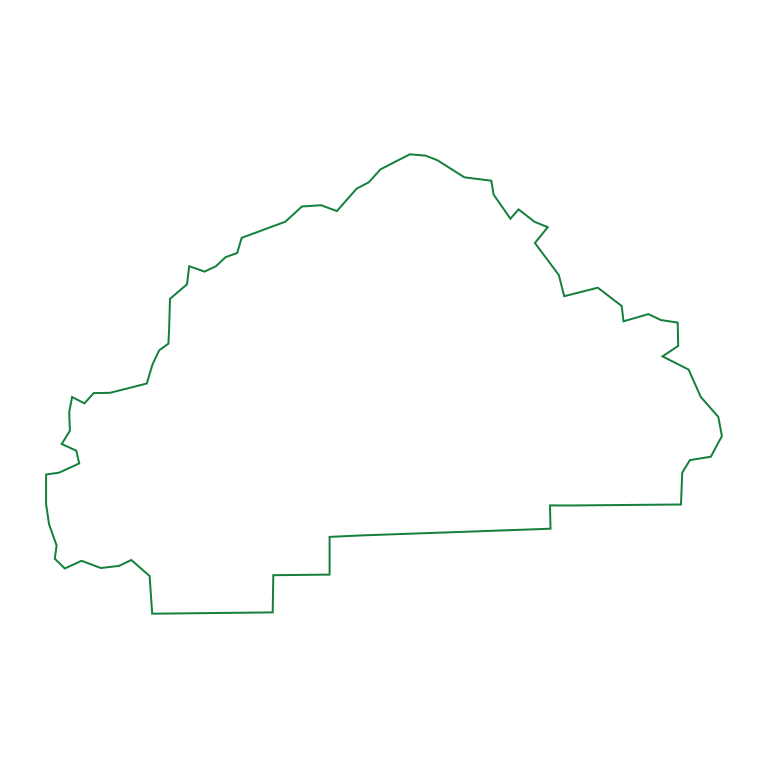 Santo Antônio do Palma, Rio Grande do Sul, Brazil
{"feature_id": "56859067B22273864175038", "entity_name": "Santo Antônio do Palma", "entity_type": "district", "adm_level": 2, "iso_a3": "BRA", "parent_name": "Brazil", "parent_adm1": "Rio Grande do Sul", "projection": "orthographic", "projection_center": [-52.014, -28.492], "detail": "fine", "context": "isolated", "style": "outline", "palette": "green", "viewbox_px": 768, "rotation_deg": 0, "n_neighbors": 0, "source": "geoboundaries", "source_scale": "gbopen_adm2", "svg_char_len": 1095}
<svg xmlns="http://www.w3.org/2000/svg" viewBox="0 0 768 768"><path d="M710.8,456.7L721.9,436.1L718.3,416.9L700.8,397.0L688.6,369.6L662.5,356.4L678.2,345.9L677.7,322.6L660.7,320.0L648.4,314.1L623.5,321.3L621.7,306.0L597.8,287.7L582.8,291.5L564.2,296.2L558.8,275.0L534.9,243.0L547.7,227.2L534.5,221.8L518.6,209.4L510.4,218.7L493.6,194.6L491.3,180.7L464.3,177.3L437.5,160.3L425.5,155.6L409.8,154.3L380.5,169.3L368.9,182.2L356.6,188.7L346.6,200.0L336.9,211.1L321.0,205.2L301.9,206.5L285.3,221.7L241.7,237.8L237.2,253.0L225.6,257.1L216.0,266.2L204.5,271.6L189.2,266.2L187.0,284.3L170.0,298.8L169.1,329.8L168.4,343.7L159.1,350.4L152.5,364.4L146.8,383.5L110.1,392.8L93.7,393.1L84.4,403.4L72.1,397.0L69.2,412.2L69.9,430.8L61.7,444.0L76.3,450.7L79.2,463.4L59.0,472.7L46.1,474.5L46.1,504.2L49.1,524.4L56.6,545.5L54.8,558.7L64.8,568.5L81.5,560.8L100.8,568.0L119.0,565.9L131.3,560.0L149.6,576.0L152.2,613.7L272.7,612.4L273.3,575.2L329.6,574.6L329.6,536.9L361.8,535.4L550.5,528.7L550.0,505.4L566.8,505.5L681.0,504.5L682.2,472.7L689.9,460.1L710.8,456.7Z" fill="none" stroke="#15803d" stroke-width="2"/></svg>